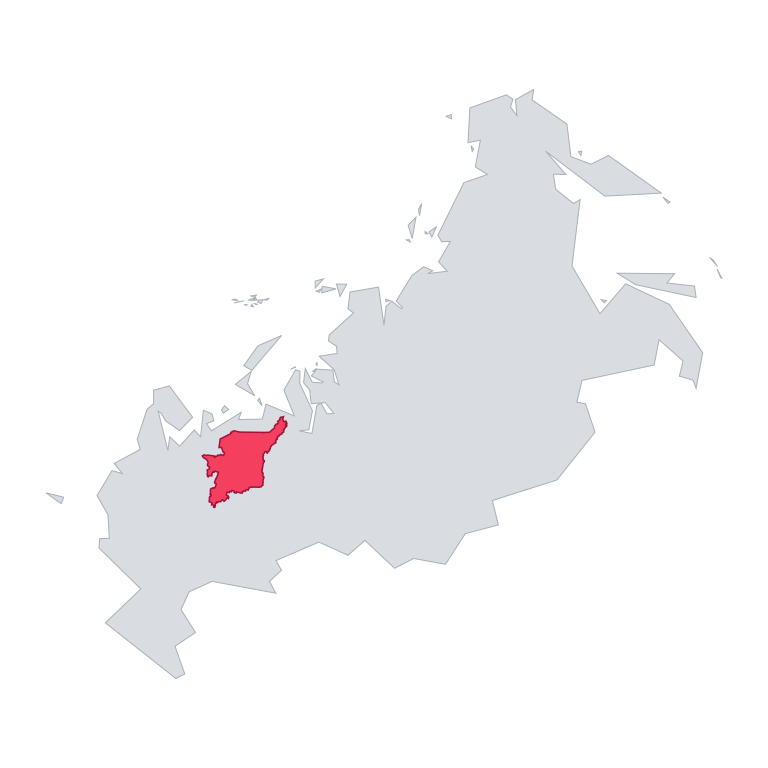 Russia, with Komi highlighted
{"feature_id": "RUS-2383", "entity_name": "Komi", "entity_type": "Republic", "adm_level": 1, "iso_a3": "RUS", "parent_name": "Russia", "parent_adm1": "", "projection": "albers", "projection_center": [57.661, 63.82], "detail": "fine", "context": "in_parent", "style": "filled", "palette": "rose", "viewbox_px": 768, "rotation_deg": 0, "n_neighbors": 0, "source": "natural_earth", "source_scale": "10m", "svg_char_len": 9471}
<svg xmlns="http://www.w3.org/2000/svg" viewBox="0 0 768 768"><path d="M702.7,352.7L696.1,388.4L693.0,380.1L679.4,376.2L683.0,360.9L659.0,339.7L654.2,365.0L582.0,380.4L576.9,402.2L585.5,403.7L595.0,432.1L557.0,479.9L492.4,500.5L498.3,524.9L465.3,533.6L445.5,564.3L413.7,558.5L394.6,568.3L364.9,540.4L348.0,555.3L318.8,542.1L275.9,560.6L281.5,570.2L269.5,581.4L275.8,593.2L212.1,581.4L189.1,591.8L181.0,609.6L195.5,632.5L175.0,646.2L184.8,674.0L175.8,678.5L105.4,622.9L140.8,588.9L99.0,548.0L99.7,538.6L109.3,538.3L108.0,514.8L97.0,495.6L112.0,470.6L122.3,473.6L114.2,463.4L140.2,449.4L137.2,439.2L147.1,409.2L153.6,403.7L153.6,390.2L169.3,385.9L192.6,417.3L179.5,430.6L165.3,420.6L161.6,413.5L158.2,411.2L167.9,450.4L169.8,436.8L179.6,446.1L194.3,430.0L200.6,436.7L203.4,410.2L212.1,414.0L213.9,420.7L206.5,423.7L211.4,430.8L241.1,412.4L238.6,419.5L262.4,419.1L266.0,404.1L294.4,415.9L283.9,390.2L295.6,369.8L299.9,371.1L299.8,383.5L312.4,410.7L308.9,429.8L299.0,430.8L311.9,433.5L316.8,405.6L321.0,403.2L327.0,413.8L333.9,413.5L325.3,402.6L311.2,403.7L309.7,390.0L303.6,382.7L305.3,368.5L312.2,382.2L321.2,382.9L323.3,382.0L311.4,375.9L317.1,369.1L332.9,370.2L334.3,381.6L339.0,385.0L334.3,370.0L319.2,356.2L337.2,353.4L336.4,346.1L328.5,341.0L329.2,335.0L353.4,312.9L348.0,308.8L350.0,292.0L378.5,287.1L384.0,325.3L386.0,306.3L391.9,301.2L400.1,307.8L401.8,308.5L402.6,307.8L396.2,301.0L411.9,275.5L423.6,266.8L432.8,270.7L427.9,273.6L447.2,271.2L438.6,261.8L450.3,241.5L441.7,241.7L437.9,235.3L463.9,182.6L487.4,174.5L475.3,166.9L480.4,140.1L468.0,142.7L469.9,107.9L506.5,94.8L512.9,99.2L510.5,107.2L516.9,115.6L515.5,99.6L533.6,89.5L532.2,100.0L566.9,124.0L570.9,156.6L590.8,164.2L608.5,155.5L661.3,193.1L604.9,196.1L545.7,151.2L565.9,174.5L553.4,174.2L555.7,189.3L573.5,203.5L580.1,199.5L572.0,266.0L600.0,313.7L625.6,283.8L669.2,304.3L702.7,352.7ZM281.7,335.4L251.8,370.4L243.8,365.6L257.9,345.8L281.7,335.4ZM617.1,273.2L674.6,273.7L667.0,283.0L694.5,286.1L696.1,297.5L635.7,284.7L617.1,273.2ZM235.3,384.4L251.2,371.4L247.5,383.7L254.7,395.7L235.3,384.4ZM412.2,238.6L408.1,225.3L416.0,217.1L412.2,238.6ZM322.1,286.3L336.0,288.9L321.8,292.9L322.1,286.3ZM315.1,281.1L323.4,278.9L315.3,287.8L315.1,281.1ZM336.4,284.0L346.8,284.2L340.1,296.5L336.4,284.0ZM419.5,215.7L418.4,209.5L421.7,203.6L419.5,215.7ZM46.1,492.9L63.7,497.2L61.1,503.7L46.1,492.9ZM239.0,301.8L244.0,300.8L234.2,303.0L239.0,301.8ZM428.9,232.0L436.4,226.8L431.9,237.0L428.9,232.0ZM228.7,409.4L223.4,413.2L221.5,409.9L224.5,405.7L228.7,409.4ZM248.3,300.1L252.7,298.6L254.9,300.4L248.3,300.1ZM263.0,299.8L261.1,303.5L257.8,302.3L258.5,300.0L263.0,299.8ZM267.3,300.1L263.6,299.8L268.7,298.4L267.3,300.1ZM259.5,398.3L262.0,405.7L257.6,400.2L259.5,398.3ZM321.1,289.0L319.4,292.4L316.2,291.2L321.1,289.0ZM251.0,295.9L256.4,295.0L254.5,297.5L251.0,295.9ZM451.2,114.5L451.6,118.9L446.2,116.3L451.2,114.5ZM235.2,299.1L238.4,300.7L231.6,299.7L235.2,299.1ZM295.4,367.3L290.7,369.2L295.3,366.8L295.4,367.3ZM385.6,299.1L390.1,300.6L385.9,301.6L385.6,299.1ZM471.1,145.8L473.6,149.2L472.2,151.4L471.1,145.8ZM256.2,304.6L253.6,303.3L257.8,304.3L256.2,304.6ZM255.5,297.6L257.1,300.1L254.0,298.5L255.5,297.6ZM709.6,257.5L713.2,260.1L717.6,266.5L709.6,257.5ZM251.8,304.3L253.5,306.8L251.1,306.4L251.8,304.3ZM316.5,368.4L313.6,371.4L312.7,371.3L316.5,368.4ZM581.7,151.1L580.9,155.6L578.4,151.7L581.7,151.1ZM425.1,231.4L427.9,233.7L425.2,233.8L425.1,231.4ZM601.2,299.7L606.5,300.6L604.4,302.9L601.2,299.7ZM663.1,197.3L670.0,202.1L667.8,203.3L663.1,197.3ZM247.7,304.8L245.3,305.4L244.6,304.6L247.7,304.8ZM316.9,362.0L317.2,365.4L316.1,364.7L316.9,362.0ZM409.0,239.6L410.3,242.0L406.4,239.9L409.0,239.6ZM720.7,277.8L716.9,268.8L721.9,278.2L720.7,277.8Z" fill="#d9dde1" stroke="#a8b0b8" stroke-width="1"/><path d="M263.3,482.2L263.2,482.6L262.9,483.1L262.7,483.7L262.7,484.1L263.0,484.6L262.8,485.3L261.8,485.9L261.2,486.7L260.9,486.6L260.7,486.7L260.4,487.0L259.7,487.2L252.7,487.1L252.1,487.3L250.2,487.0L249.8,487.2L249.5,487.9L249.1,487.8L248.8,488.0L248.5,488.8L248.5,489.3L248.3,490.1L246.1,489.6L245.6,490.9L245.5,491.2L243.5,490.8L243.0,491.9L242.4,491.8L242.0,493.1L241.9,493.3L236.5,491.9L236.2,493.1L234.1,492.6L234.0,492.4L234.3,491.4L234.2,491.2L231.9,490.4L231.4,491.8L229.7,491.4L229.6,491.6L229.2,492.7L227.1,492.1L226.7,493.1L226.2,494.9L227.9,495.5L227.8,496.1L227.8,496.3L228.4,496.5L228.7,496.8L228.8,497.2L228.4,498.6L227.3,497.8L227.0,497.9L226.5,498.4L226.1,499.0L225.9,499.7L224.3,501.2L223.8,501.2L223.7,501.1L223.5,500.4L223.4,500.3L222.7,499.9L222.2,499.8L220.7,501.7L220.0,501.6L219.2,501.7L218.6,501.7L218.1,501.9L217.8,502.4L216.5,502.1L216.4,502.2L216.4,502.4L216.7,502.9L216.7,503.0L215.7,503.2L215.2,504.5L215.4,504.9L215.1,505.8L215.2,506.0L214.9,507.3L214.4,507.5L213.9,507.3L213.5,507.0L213.8,505.8L213.8,505.5L213.0,505.2L212.9,505.1L212.7,504.7L212.4,504.5L212.0,504.1L211.7,504.4L211.9,502.7L209.4,501.9L209.1,501.7L209.2,500.8L209.4,499.3L209.4,497.7L209.5,497.0L209.8,496.7L210.9,496.0L211.2,495.5L211.0,495.0L210.7,495.1L210.3,494.8L210.4,494.7L210.6,494.7L210.2,494.2L210.2,493.8L210.2,493.7L210.5,493.4L210.5,493.0L210.3,490.4L210.6,489.2L210.9,488.7L211.0,488.6L212.9,487.9L213.0,487.9L213.2,488.2L214.0,487.7L214.4,487.7L214.8,487.9L215.0,487.7L215.9,485.2L216.2,483.9L216.1,483.6L214.6,483.0L214.5,482.6L215.8,478.7L216.0,478.7L216.0,478.4L216.4,478.4L216.5,478.3L218.4,472.3L215.2,471.3L214.4,471.3L214.2,472.1L214.0,472.4L212.8,472.0L212.6,472.2L211.8,474.5L211.8,474.8L212.0,475.1L211.9,475.6L211.8,475.9L209.4,475.5L208.9,475.7L208.7,476.5L208.6,476.8L207.6,476.6L207.6,476.3L207.7,475.6L207.7,475.3L207.1,474.9L207.1,474.6L207.5,472.6L207.5,472.1L207.4,471.3L207.2,470.0L207.2,469.9L207.8,469.7L209.0,468.9L209.4,468.4L209.7,467.6L209.8,467.3L209.0,467.0L208.6,466.5L207.9,466.0L207.8,465.8L207.7,465.6L207.4,465.0L207.4,464.9L207.6,464.4L207.6,463.9L208.1,463.2L208.1,462.9L208.0,462.0L207.5,460.9L206.1,459.2L204.8,458.4L204.2,458.2L203.9,458.0L203.5,457.5L202.8,456.8L202.3,455.8L202.3,455.7L204.2,454.9L204.6,454.9L206.3,455.5L207.6,455.1L214.0,455.9L214.1,456.0L214.0,456.5L214.2,457.0L215.1,457.3L215.3,457.1L215.6,456.2L217.0,456.3L217.1,456.2L217.6,455.2L217.8,455.0L219.8,455.5L220.0,455.3L220.4,454.6L220.6,454.4L223.6,455.5L223.7,455.3L224.5,452.8L223.3,452.1L222.9,451.7L221.6,447.7L221.4,447.4L219.0,447.6L219.0,447.4L220.2,439.0L230.8,433.6L231.0,433.5L230.7,433.1L230.9,432.7L230.9,432.4L231.0,432.2L231.6,432.2L231.8,432.2L232.1,432.0L232.3,431.5L232.6,431.5L233.0,431.4L233.2,431.1L233.6,430.8L233.9,430.8L239.8,432.1L263.6,432.4L263.4,432.7L263.5,432.8L264.2,432.5L269.4,432.2L269.7,432.0L270.3,431.9L270.6,431.3L271.0,430.8L274.5,427.9L274.6,427.5L274.5,426.1L274.6,425.9L275.2,425.2L275.4,425.0L276.0,424.5L276.1,424.3L276.1,424.2L276.5,424.0L277.5,424.0L277.5,423.9L277.5,423.6L278.0,423.2L278.2,422.9L278.3,422.6L278.1,422.3L278.1,421.9L277.8,421.5L277.7,421.4L277.8,421.3L278.4,420.8L278.6,420.6L279.5,420.1L279.5,419.8L279.5,419.6L279.7,419.4L280.1,419.3L280.1,419.1L280.0,418.8L280.0,418.6L279.9,418.4L279.9,418.1L280.1,417.8L280.7,417.2L281.3,417.2L281.7,417.3L281.8,417.1L283.4,416.7L283.2,417.1L283.2,417.6L283.0,417.9L283.0,418.3L282.9,418.4L282.8,418.7L283.0,419.6L283.2,420.1L283.2,420.9L283.4,421.1L283.8,421.7L284.3,421.5L285.1,421.5L285.5,421.1L285.9,421.3L286.2,421.3L286.3,421.5L286.2,421.8L286.1,422.6L286.4,422.8L286.6,422.9L286.9,423.1L287.0,423.6L286.8,423.9L286.6,424.1L286.2,423.8L285.7,424.1L285.6,424.4L285.8,424.6L285.6,424.8L285.6,425.0L285.8,425.1L286.5,424.8L286.8,425.3L286.9,425.6L286.6,426.4L286.3,426.6L285.9,426.8L285.5,426.8L285.4,427.0L285.6,427.3L285.4,427.6L285.1,427.8L285.0,428.1L284.6,428.6L284.3,428.9L284.0,429.4L283.8,429.4L283.9,429.6L283.9,429.9L284.0,430.0L283.9,430.2L283.5,430.4L283.5,430.5L283.6,430.9L283.8,431.8L283.4,432.3L283.1,432.3L282.8,432.6L281.8,433.1L281.7,433.6L281.8,433.8L281.7,433.8L281.3,433.9L280.9,434.6L280.5,434.6L280.1,434.8L279.6,434.8L279.4,435.4L279.2,435.6L279.1,435.9L278.7,436.2L278.5,436.3L278.3,436.6L278.1,436.8L277.9,436.8L277.7,436.7L277.6,437.0L277.4,437.3L277.2,437.6L277.2,438.0L277.0,438.3L277.3,438.8L277.4,439.0L277.2,439.2L276.8,438.9L276.6,439.1L276.2,439.7L276.1,440.0L276.1,440.5L275.7,440.9L275.7,441.3L275.6,441.6L275.9,441.9L275.6,442.4L275.8,442.7L275.8,442.9L275.2,443.1L274.5,443.4L273.0,444.6L272.0,444.9L271.9,445.2L271.5,445.8L271.3,446.2L270.9,446.5L270.6,447.1L270.3,448.1L269.7,448.9L269.7,449.0L270.0,449.1L269.8,449.7L269.7,450.1L269.2,450.5L269.1,450.8L268.7,451.6L268.1,451.6L267.9,452.1L267.4,453.2L267.2,453.2L267.2,452.8L266.5,452.1L266.4,452.0L266.4,451.8L266.4,451.7L265.9,451.5L265.2,451.6L265.0,451.8L264.7,452.2L264.2,453.3L263.6,453.7L263.3,454.3L263.2,454.6L263.2,455.1L263.5,455.6L263.4,455.8L263.1,456.1L263.0,456.6L262.7,457.0L262.6,457.4L262.7,457.6L263.1,457.6L263.1,457.8L263.2,458.5L263.3,458.9L263.1,459.5L263.1,460.0L263.8,460.7L264.0,460.8L264.3,460.7L264.3,460.9L264.3,461.4L264.1,461.8L264.0,462.3L263.2,463.0L263.2,463.9L262.9,464.5L262.9,465.8L262.9,466.2L262.6,467.4L262.2,468.3L262.3,468.6L262.1,468.9L262.1,469.0L262.3,469.3L262.1,469.9L262.0,470.3L262.2,470.9L262.1,471.0L261.9,471.4L261.8,471.5L261.9,472.1L262.1,472.6L262.8,472.8L263.0,473.1L263.1,473.3L263.0,474.0L263.0,474.4L262.7,474.8L262.7,475.0L262.9,475.4L262.9,475.9L263.3,476.7L263.9,476.9L263.9,477.1L263.7,477.9L263.8,478.4L263.6,478.8L263.3,479.1L263.2,479.8L262.9,480.9L262.9,481.1L263.3,482.2Z" fill="#f43f5e" stroke="#9f1239" stroke-width="1.5"/></svg>